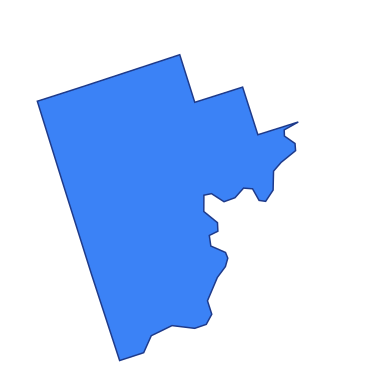 outline of Stone, Arkansas, United States of America, rotated 71°
{"feature_id": "52423323B17641695203494", "entity_name": "Stone", "entity_type": "district", "adm_level": 2, "iso_a3": "USA", "parent_name": "United States of America", "parent_adm1": "Arkansas", "projection": "orthographic", "projection_center": [-92.07, 35.919], "detail": "fine", "context": "isolated", "style": "filled", "palette": "blue", "viewbox_px": 384, "rotation_deg": 71, "n_neighbors": 0, "source": "geoboundaries", "source_scale": "gbopen_adm2", "svg_char_len": 665}
<svg xmlns="http://www.w3.org/2000/svg" viewBox="0 0 384 384"><g transform="rotate(71 192 192)"><path d="M327.8,315.3L328.2,290.0L314.6,277.3L311.8,254.4L321.8,233.8L321.8,221.6L314.0,213.1L299.9,212.8L281.0,195.8L273.4,184.7L266.2,179.7L260.1,180.0L249.2,191.8L238.7,189.8L237.5,180.3L229.3,177.9L214.3,187.2L198.9,181.8L199.9,174.1L211.6,164.9L211.4,153.2L205.1,142.0L208.7,133.7L221.8,131.3L224.8,125.4L216.6,114.7L198.8,108.1L193.0,98.1L186.6,80.6L179.7,78.8L169.2,86.4L163.3,84.6L160.4,68.7L159.3,111.1L109.3,110.0L108.1,160.2L58.2,158.9L56.7,266.9L55.8,308.7L139.0,311.2L236.6,313.8L327.8,315.3Z" fill="#3b82f6" stroke="#1e3a8a" stroke-width="1.5"/></g></svg>